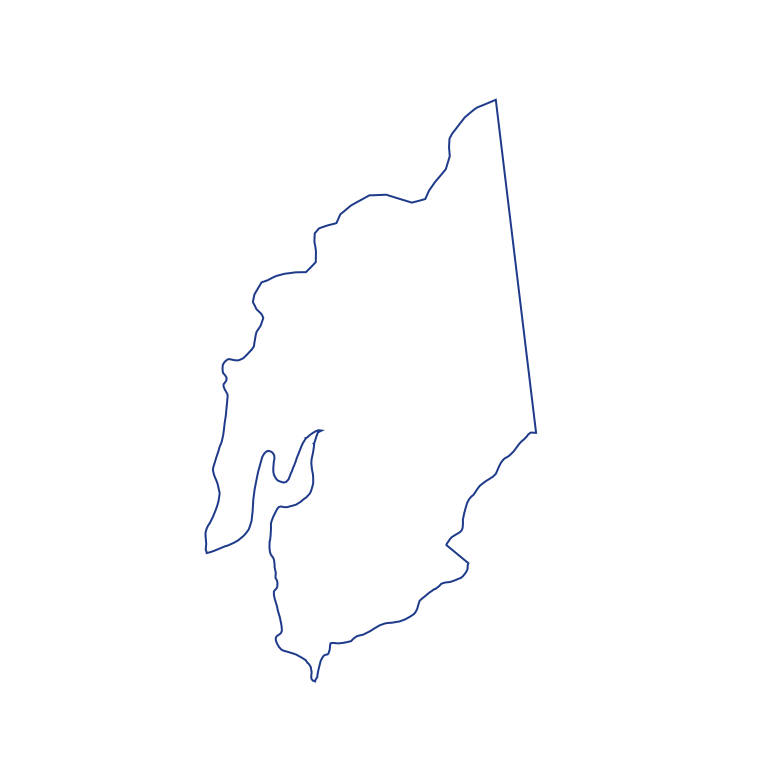 Despinoze, Dennery, Saint Lucia (Natural Earth projection), rotated 17°
{"feature_id": "8701671B1025448555952", "entity_name": "Despinoze", "entity_type": "district", "adm_level": 2, "iso_a3": "LCA", "parent_name": "Saint Lucia", "parent_adm1": "Dennery", "projection": "natural_earth1", "projection_center": [-60.912, 13.95], "detail": "fine", "context": "isolated", "style": "outline", "palette": "blue", "viewbox_px": 768, "rotation_deg": 17, "n_neighbors": 0, "source": "geoboundaries", "source_scale": "gbopen_adm2", "svg_char_len": 5201}
<svg xmlns="http://www.w3.org/2000/svg" viewBox="0 0 768 768"><g transform="rotate(17 384 384)"><path d="M263.9,597.5L267.2,595.5L270.7,592.9L275.8,588.7L279.6,585.5L281.4,584.5L286.8,579.8L290.3,576.1L294.0,570.5L295.4,567.6L297.1,562.9L297.3,560.5L297.4,553.9L296.7,550.1L295.4,543.4L292.8,532.7L291.1,522.7L290.3,515.2L289.3,504.9L289.1,497.8L288.9,489.5L289.7,485.8L291.2,483.0L292.8,481.8L295.9,481.7L297.7,482.4L299.8,484.2L301.0,487.1L301.4,490.7L302.9,497.6L304.1,500.9L305.5,503.3L308.4,506.0L310.3,507.2L311.7,507.5L312.9,507.6L316.1,507.7L317.5,507.3L319.0,506.3L320.6,503.1L320.7,501.8L321.1,496.3L321.4,494.3L321.6,490.2L321.9,488.2L322.2,484.0L322.2,480.6L322.7,474.9L322.9,472.2L323.3,467.0L323.8,463.9L325.0,459.4L324.8,458.7L325.3,458.7L326.4,457.2L327.7,454.9L330.2,451.6L332.8,448.9L335.0,447.3L337.9,446.8L335.0,449.5L334.9,450.6L334.7,453.5L334.6,460.8L334.2,461.5L334.7,461.6L335.5,465.5L336.1,469.7L336.8,477.4L337.7,481.1L340.0,486.6L342.6,491.5L343.8,494.7L345.2,499.2L345.5,502.4L345.5,508.2L344.9,510.9L342.6,515.6L341.5,516.7L338.8,520.9L335.2,525.1L332.1,527.1L327.2,530.2L324.7,530.9L321.2,531.3L319.4,532.4L318.4,534.6L317.7,538.4L316.9,543.1L316.6,547.8L316.7,550.7L318.0,554.6L319.6,561.0L320.0,562.8L320.7,566.7L320.6,567.9L322.2,573.7L323.8,577.5L325.5,580.1L326.7,581.0L328.8,582.6L329.7,583.6L330.6,585.1L332.5,589.5L332.6,590.5L334.3,593.7L335.8,596.3L336.5,599.8L337.2,601.5L338.7,602.8L339.7,604.1L340.6,606.3L341.2,609.2L340.8,611.5L339.8,613.1L339.4,614.7L340.4,618.0L342.5,621.7L344.4,624.5L346.9,628.3L348.6,631.5L352.7,637.7L356.0,643.8L357.4,646.8L358.5,649.9L358.3,652.1L357.7,653.3L356.1,655.3L355.1,656.6L354.7,658.7L355.8,661.2L357.8,663.7L360.6,666.3L363.8,668.1L366.1,668.4L370.3,668.3L376.2,668.3L379.0,668.4L385.2,669.7L388.3,670.6L390.0,671.0L392.0,672.8L394.0,673.7L395.5,675.0L396.8,676.2L397.3,677.4L399.0,680.6L399.5,683.1L400.2,686.0L401.1,687.4L402.1,688.1L402.9,688.5L405.1,688.5L404.9,687.4L405.0,686.9L405.9,683.6L405.7,683.1L405.4,681.7L404.9,676.9L404.4,667.5L405.0,663.8L406.0,661.1L407.6,659.8L408.8,659.3L409.3,658.7L409.7,657.8L409.7,653.5L409.1,650.9L408.8,649.5L408.8,649.0L408.7,647.6L410.5,646.6L411.9,646.3L415.9,645.5L417.6,644.8L420.0,643.8L422.9,642.3L424.2,641.6L425.4,640.9L427.7,639.5L428.7,637.5L429.2,636.5L430.7,634.4L432.3,632.7L433.4,632.1L434.2,631.6L437.1,630.0L440.3,627.0L443.2,624.2L444.0,623.2L446.3,620.5L450.4,616.1L454.5,613.0L455.9,612.2L457.2,611.6L459.1,610.8L461.3,610.0L468.3,606.5L473.3,602.7L476.3,599.5L476.9,598.9L479.2,596.2L480.3,594.5L481.1,591.8L481.3,590.5L481.5,589.7L481.4,585.3L481.4,581.2L482.0,579.9L482.6,578.9L484.4,576.2L485.5,574.7L486.2,573.5L488.3,570.3L489.2,569.2L490.2,568.0L491.7,565.9L493.3,564.7L495.3,561.9L496.0,560.9L496.3,560.2L497.1,558.4L499.2,556.8L501.1,555.7L504.7,554.2L506.1,553.3L509.0,551.2L512.0,548.7L513.6,547.4L514.2,547.0L515.8,544.5L517.3,540.6L517.9,537.7L517.9,535.7L517.2,533.9L517.1,532.7L517.1,530.7L490.8,519.8L490.8,518.1L491.4,516.4L492.0,514.5L492.4,513.0L493.6,510.6L496.1,507.7L497.5,506.2L498.4,505.2L499.6,503.9L500.8,501.9L501.2,500.3L501.2,498.2L500.8,496.6L500.4,494.7L499.1,490.6L498.5,484.4L498.3,478.8L498.3,473.7L498.5,472.1L499.2,468.8L500.4,466.2L502.0,463.8L503.7,458.1L503.9,457.4L505.3,453.5L506.0,452.4L509.0,448.1L511.2,445.5L512.6,443.9L515.5,440.4L517.2,437.2L517.6,434.0L518.2,428.6L518.5,427.2L518.8,425.2L519.9,422.2L520.6,420.8L521.5,419.5L523.9,417.1L525.3,415.0L527.7,410.5L530.8,401.8L532.1,399.0L532.7,398.1L533.9,396.2L534.9,394.4L536.0,392.2L536.3,391.1L536.6,390.2L538.4,387.7L539.2,387.3L541.6,386.8L542.8,386.5L543.7,386.2L407.8,79.5L397.5,88.1L392.4,92.2L390.2,94.8L386.1,101.0L383.3,105.4L380.3,113.2L375.9,124.9L374.9,130.3L377.0,138.7L380.3,146.9L380.3,160.5L376.7,169.1L373.8,175.8L370.5,186.0L369.4,195.0L364.8,198.0L357.6,202.4L349.6,202.4L334.9,202.4L330.9,202.3L327.2,203.6L321.5,205.6L314.8,207.9L309.3,213.6L304.3,218.7L300.1,223.1L295.0,231.0L292.9,234.0L292.5,235.4L291.5,244.0L290.0,245.0L283.9,248.7L278.8,252.3L276.2,254.4L274.7,258.1L273.7,260.1L275.8,268.2L278.6,273.6L280.2,277.2L283.1,287.4L282.2,289.2L279.4,294.8L276.6,299.9L271.2,301.6L266.7,303.1L261.3,305.6L256.8,307.6L249.5,312.1L246.4,314.8L242.2,319.0L237.3,322.5L237.1,323.0L233.9,336.1L234.6,343.9L238.2,347.6L240.2,349.8L246.0,352.7L247.5,354.0L249.3,356.3L249.0,364.2L247.8,368.5L246.9,371.2L246.9,372.0L247.0,374.4L247.9,381.6L248.6,386.1L247.6,389.4L244.4,395.9L242.3,399.8L241.1,401.3L238.1,403.8L236.5,404.4L234.9,404.8L228.5,405.5L227.2,406.3L225.6,408.6L224.7,410.7L224.3,413.1L225.1,416.6L226.0,418.9L227.0,420.6L229.5,422.1L230.4,422.9L231.8,424.3L232.2,427.0L230.7,431.0L230.9,432.1L231.5,433.5L232.9,435.3L237.3,439.6L238.0,441.2L238.7,444.5L239.5,448.3L239.7,449.4L242.0,460.7L243.0,467.7L244.0,473.0L245.1,479.4L245.7,486.7L245.2,492.6L245.3,496.9L245.1,503.0L245.1,513.5L245.4,515.8L246.9,518.8L248.4,521.1L251.6,525.0L253.9,527.9L255.8,531.2L258.5,535.9L259.0,537.5L259.3,539.7L260.0,544.4L260.1,549.8L259.8,554.9L259.3,560.4L258.2,567.4L257.1,571.2L256.7,574.1L256.7,577.4L257.2,580.0L258.6,583.5L260.8,589.0L261.3,591.6L262.0,594.7L263.1,596.0L263.9,597.5Z" fill="none" stroke="#1e3a8a" stroke-width="2"/></g></svg>